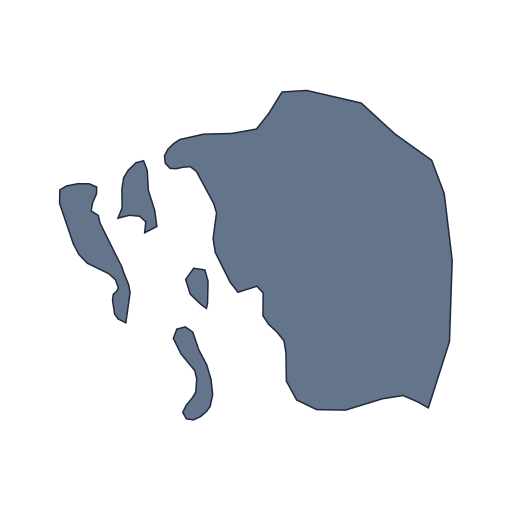 the District of Central Andros, rotated 98°
{"feature_id": "BHS-5020", "entity_name": "Central Andros", "entity_type": "District", "adm_level": 1, "iso_a3": "BHS", "parent_name": "The Bahamas", "parent_adm1": "", "projection": "orthographic", "projection_center": [-77.885, 24.401], "detail": "fine", "context": "isolated", "style": "filled", "palette": "slate", "viewbox_px": 512, "rotation_deg": 98, "n_neighbors": 0, "source": "natural_earth", "source_scale": "10m", "svg_char_len": 1579}
<svg xmlns="http://www.w3.org/2000/svg" viewBox="0 0 512 512"><g transform="rotate(98 256 256)"><path d="M382.4,64.2L378.0,75.4L373.7,91.0L379.8,111.0L396.1,145.8L399.7,174.6L392.9,195.7L375.7,208.5L347.6,212.9L336.1,216.5L328.3,224.8L321.8,234.1L314.2,240.8L291.6,243.8L285.8,250.9L294.4,268.8L285.5,278.0L258.2,296.8L244.8,300.9L218.8,301.1L209.9,305.2L180.5,326.8L176.7,333.4L178.2,340.5L180.7,347.2L181.2,353.2L176.7,358.8L169.5,360.6L162.4,358.0L156.0,353.1L151.2,347.6L142.7,325.0L138.0,297.0L130.2,273.2L112.9,263.1L90.0,253.1L85.0,228.9L89.9,173.1L115.8,135.5L136.7,95.4L168.0,78.3L233.1,61.1L313.8,52.5L382.4,64.2ZM279.1,431.6L269.4,438.6L231.3,457.8L217.9,459.5L213.0,453.4L209.2,442.5L207.7,431.1L209.8,423.4L216.6,422.6L226.0,425.2L234.3,425.5L237.8,417.8L245.2,415.0L286.3,386.8L289.8,385.3L302.0,378.2L309.7,375.6L340.3,375.6L337.5,383.9L333.0,388.0L319.9,391.9L313.8,392.0L310.5,389.2L306.8,387.8L299.0,391.9L293.9,399.6L286.7,422.0L279.1,431.6ZM363.4,316.6L349.1,326.4L339.4,324.2L336.0,316.1L340.2,308.0L356.7,299.7L370.6,289.7L384.6,283.3L399.5,279.6L411.5,280.5L416.7,283.3L422.7,288.5L427.0,295.1L426.9,302.3L421.1,306.8L413.4,304.3L405.5,299.4L399.1,296.7L385.9,297.6L378.0,300.7L363.4,316.6ZM248.5,369.5L237.5,369.9L232.8,376.8L233.3,387.1L237.8,398.0L227.1,395.3L208.2,398.1L197.0,398.0L188.9,394.5L180.3,387.8L177.3,380.6L186.4,375.6L205.8,371.8L225.1,362.6L240.6,358.3L248.5,369.5ZM287.6,300.0L309.6,297.4L314.8,297.8L311.6,303.8L303.0,315.8L289.0,322.4L276.8,316.0L276.9,304.7L287.6,300.0Z" fill="#64748b" stroke="#1e293b" stroke-width="1.5"/></g></svg>